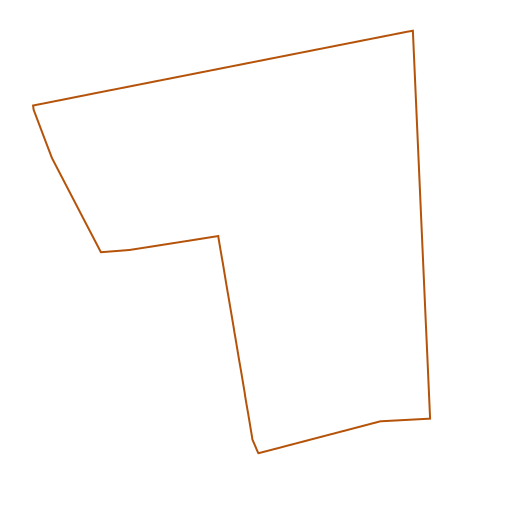 the district of Al Koma, North Darfur, Sudan, rotated 170°
{"feature_id": "16777658B3899711101955", "entity_name": "Al Koma", "entity_type": "district", "adm_level": 2, "iso_a3": "SDN", "parent_name": "Sudan", "parent_adm1": "North Darfur", "projection": "robinson", "projection_center": [27.366, 14.121], "detail": "fine", "context": "isolated", "style": "outline", "palette": "amber", "viewbox_px": 512, "rotation_deg": 170, "n_neighbors": 0, "source": "geoboundaries", "source_scale": "gbopen_adm2", "svg_char_len": 1013}
<svg xmlns="http://www.w3.org/2000/svg" viewBox="0 0 512 512"><g transform="rotate(170 256 256)"><path d="M408.1,286.7L407.4,286.6L406.4,286.5L402.5,286.1L400.7,285.9L400.0,285.9L399.2,285.8L397.3,285.6L383.8,284.3L383.1,284.2L382.3,284.2L381.5,284.1L381.0,284.0L380.7,284.0L380.2,284.0L379.7,283.9L374.4,283.8L344.0,283.2L340.3,283.1L338.6,283.1L289.7,282.2L289.8,280.0L289.9,266.4L289.9,257.2L289.9,254.4L290.1,237.1L290.2,224.4L290.2,218.7L290.3,203.6L290.3,202.9L290.4,189.1L290.5,183.8L290.5,180.6L290.5,180.3L290.5,177.0L290.6,167.3L290.6,166.5L290.7,156.9L290.7,152.0L290.7,146.0L290.9,122.0L291.0,121.6L291.1,110.7L291.1,103.1L291.1,102.3L291.2,90.5L291.3,82.3L291.3,80.1L291.3,79.8L291.3,78.6L291.4,77.0L291.4,75.8L291.3,75.4L290.3,71.3L288.6,63.9L287.9,61.4L287.1,61.4L162.2,71.6L112.8,65.6L104.3,130.4L99.0,171.2L62.4,450.6L69.7,450.6L383.7,444.3L449.4,442.9L449.6,438.8L444.1,409.6L440.0,388.2L439.0,384.9L416.6,313.6L413.8,304.8L408.1,286.7Z" fill="none" stroke="#b45309" stroke-width="2"/></g></svg>